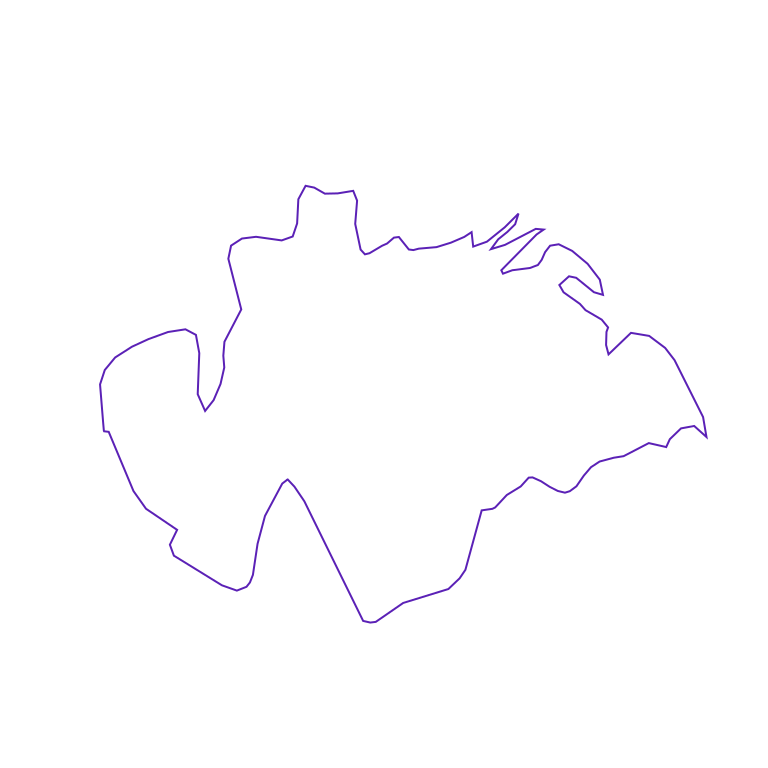 Vestfold, Natural Earth projection, rotated 244°
{"feature_id": "NOR-923", "entity_name": "Vestfold", "entity_type": "County", "adm_level": 1, "iso_a3": "NOR", "parent_name": "Norway", "parent_adm1": "", "projection": "natural_earth1", "projection_center": [10.149, 59.326], "detail": "fine", "context": "isolated", "style": "outline", "palette": "violet", "viewbox_px": 768, "rotation_deg": 244, "n_neighbors": 0, "source": "natural_earth", "source_scale": "10m", "svg_char_len": 1882}
<svg xmlns="http://www.w3.org/2000/svg" viewBox="0 0 768 768"><g transform="rotate(244 384 384)"><path d="M464.2,111.7L465.0,111.8L472.3,114.6L508.1,128.6L519.0,139.2L525.7,154.0L528.0,173.8L527.6,192.0L525.4,212.7L520.2,229.5L510.6,236.5L492.7,231.5L456.5,212.1L438.2,211.4L444.2,223.8L455.7,237.1L468.9,247.7L479.9,252.0L491.9,259.1L513.6,288.4L564.8,299.0L575.4,307.2L577.0,320.1L572.4,333.5L557.9,355.0L556.6,366.6L566.4,376.3L587.6,388.0L596.5,400.4L591.1,407.4L581.0,414.3L575.6,426.0L571.1,441.0L560.6,440.2L540.5,428.3L515.1,421.9L508.9,423.7L507.9,428.3L509.1,442.9L508.9,448.3L511.2,457.1L509.6,461.8L494.0,465.3L491.5,469.1L490.4,474.6L484.0,491.2L481.7,506.1L481.0,520.6L482.1,529.3L468.4,524.4L466.8,538.9L471.9,561.2L478.2,579.6L470.1,571.9L466.6,561.5L464.0,550.1L458.3,539.3L456.0,553.8L456.9,588.4L452.8,595.2L451.5,586.7L434.8,539.3L431.0,539.3L430.0,549.2L424.3,566.0L423.5,574.5L426.5,580.2L431.9,586.6L435.5,593.9L433.0,602.3L421.1,611.5L402.7,619.7L383.2,623.7L368.1,619.9L374.5,612.9L395.2,603.3L399.7,597.5L396.1,585.0L387.7,585.6L370.1,595.2L362.0,597.5L346.4,607.9L336.6,610.2L333.3,606.8L321.7,600.7L312.2,598.8L321.7,628.4L311.0,643.4L293.2,652.5L278.1,655.6L214.4,656.3L195.0,650.6L210.3,644.4L213.9,631.5L209.1,616.7L203.6,610.0L203.7,609.9L214.8,596.1L214.1,567.7L217.0,558.2L219.8,543.8L218.5,533.6L214.1,523.5L207.7,512.1L206.2,504.0L207.0,499.0L211.7,493.3L219.0,487.8L227.8,482.5L234.9,476.6L236.4,473.0L232.0,462.0L230.4,445.7L224.3,429.8L224.3,426.7L227.6,416.4L181.3,375.7L176.2,366.8L171.5,352.0L178.8,305.3L173.8,272.3L175.6,267.1L180.2,261.4L313.5,261.0L331.0,258.5L340.4,255.6L340.4,254.7L340.2,254.3L339.1,248.9L317.6,219.2L295.8,200.3L269.9,182.5L264.4,176.5L262.0,171.5L262.8,161.2L274.1,150.1L321.8,119.9L333.4,121.1L343.6,134.1L376.2,115.4L397.6,111.9L461.7,115.6L464.2,111.7Z" fill="none" stroke="#5b21b6" stroke-width="2"/></g></svg>